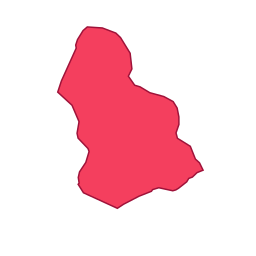 Santa Cruz Balanyá, Chimaltenango, Guatemala, rotated 28°
{"feature_id": "79465075B16496006430587", "entity_name": "Santa Cruz Balanyá", "entity_type": "district", "adm_level": 2, "iso_a3": "GTM", "parent_name": "Guatemala", "parent_adm1": "Chimaltenango", "projection": "orthographic", "projection_center": [-90.931, 14.695], "detail": "fine", "context": "isolated", "style": "filled", "palette": "rose", "viewbox_px": 256, "rotation_deg": 28, "n_neighbors": 0, "source": "geoboundaries", "source_scale": "gbopen_adm2", "svg_char_len": 771}
<svg xmlns="http://www.w3.org/2000/svg" viewBox="0 0 256 256"><g transform="rotate(28 128 128)"><path d="M94.8,61.0L79.0,51.7L72.7,49.9L58.4,51.7L44.6,57.9L42.6,63.0L41.9,73.6L42.9,79.3L44.8,81.8L47.1,117.7L49.1,129.3L67.9,134.2L81.8,145.4L85.5,156.6L88.7,160.4L102.3,164.9L104.7,167.1L106.9,178.2L105.8,189.5L107.3,195.0L110.7,199.6L110.4,201.1L119.1,206.1L156.3,203.9L159.8,197.5L169.7,183.1L178.4,172.9L178.6,170.9L183.2,166.3L197.0,162.4L199.3,160.2L200.9,157.5L205.1,148.0L205.3,144.0L207.9,141.1L209.9,135.0L214.1,130.0L207.5,125.2L202.1,123.8L191.6,114.9L176.5,113.9L172.7,109.8L171.3,101.0L167.7,94.3L162.0,87.3L155.5,83.5L144.9,83.4L130.7,86.6L119.3,86.0L113.8,87.1L104.0,82.1L103.7,74.0L94.8,61.0Z" fill="#f43f5e" stroke="#9f1239" stroke-width="1.5"/></g></svg>